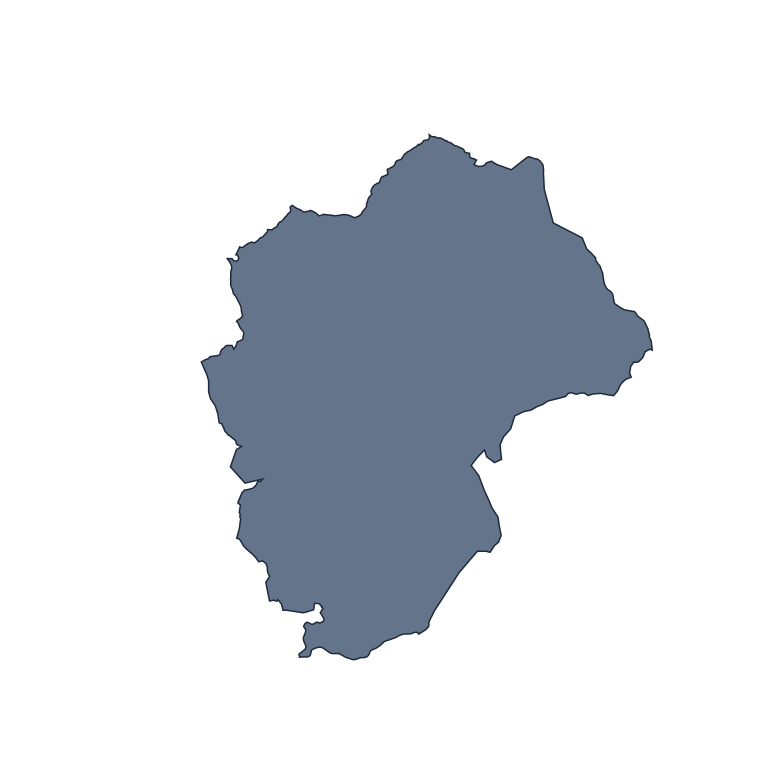 Techiman Municipal, Brong Ahafo, Ghana, rotated 125°
{"feature_id": "2480657B78695952433486", "entity_name": "Techiman Municipal", "entity_type": "district", "adm_level": 2, "iso_a3": "GHA", "parent_name": "Ghana", "parent_adm1": "Brong Ahafo", "projection": "robinson", "projection_center": [-1.972, 7.526], "detail": "fine", "context": "isolated", "style": "filled", "palette": "slate", "viewbox_px": 768, "rotation_deg": 125, "n_neighbors": 0, "source": "geoboundaries", "source_scale": "gbopen_adm2", "svg_char_len": 6159}
<svg xmlns="http://www.w3.org/2000/svg" viewBox="0 0 768 768"><g transform="rotate(125 384 384)"><path d="M147.5,436.6L148.0,440.0L148.8,441.5L148.9,443.0L148.9,443.5L148.2,444.5L145.9,446.3L147.1,448.5L147.2,449.6L147.7,450.5L147.5,451.5L146.7,452.2L146.2,453.6L146.2,454.2L147.3,460.5L148.2,463.0L148.1,467.5L149.3,471.3L148.9,471.7L148.8,472.1L149.6,474.0L149.8,477.7L150.0,478.6L150.7,479.9L151.7,481.0L152.0,483.0L152.4,484.3L153.4,485.8L154.0,487.2L153.8,489.9L156.2,487.9L158.8,488.1L159.6,488.5L159.9,489.3L160.9,490.0L161.1,490.6L161.5,490.9L163.3,491.2L164.7,491.1L166.5,491.9L167.5,491.7L168.0,492.1L167.9,493.2L168.1,493.3L171.4,493.8L172.5,494.6L178.8,496.9L179.8,497.7L180.7,498.1L182.4,498.4L184.0,499.1L185.7,498.8L187.6,498.9L188.4,498.7L190.4,498.8L190.9,499.5L191.8,500.0L192.4,500.6L194.1,501.7L195.6,501.7L199.0,500.8L199.8,501.2L201.1,501.5L202.7,502.5L205.0,503.4L205.7,504.2L206.3,504.3L206.9,504.1L207.4,503.6L208.4,502.4L208.8,501.7L210.1,501.4L210.3,501.1L211.8,502.3L212.5,502.5L213.5,503.2L214.6,503.6L215.0,504.4L215.5,504.5L217.1,504.6L219.7,503.9L220.8,503.5L221.8,503.3L224.1,505.0L224.9,505.1L226.0,505.8L227.3,505.9L228.4,506.3L232.5,505.7L233.4,505.3L234.1,504.7L235.7,502.9L238.7,503.3L240.2,503.3L241.4,503.1L246.9,501.4L248.2,500.3L248.8,500.1L250.4,500.0L255.3,500.4L258.1,500.1L261.1,501.1L264.2,503.1L264.8,503.7L265.7,508.8L266.9,511.9L268.6,514.6L271.0,516.9L274.5,520.8L275.4,522.9L278.9,529.2L279.4,530.6L282.6,532.7L283.5,533.8L283.0,537.8L283.4,541.5L283.9,543.5L284.1,543.9L285.8,544.9L287.2,546.5L288.8,547.7L289.2,548.3L289.3,552.8L289.9,554.7L290.2,556.9L290.3,561.6L291.9,562.3L293.3,562.2L295.3,559.9L296.0,559.6L297.0,559.6L299.9,560.3L301.4,560.3L302.0,560.1L303.1,560.6L308.8,561.0L311.1,562.2L313.1,562.6L313.8,562.3L314.7,562.5L316.3,561.8L319.8,563.7L321.1,563.8L322.2,564.4L322.4,565.0L324.3,567.9L326.4,566.9L330.4,567.5L332.7,567.6L333.5,567.8L334.3,568.6L335.4,569.2L339.4,569.8L342.3,570.9L342.7,571.3L343.8,574.0L346.9,575.9L349.0,576.8L352.7,577.9L354.1,579.1L354.5,580.9L357.2,580.3L363.1,579.4L362.4,578.1L363.8,575.4L365.9,574.7L366.7,574.8L368.3,575.5L369.0,577.5L369.1,578.4L368.5,580.4L371.1,584.3L371.9,582.5L372.4,580.8L374.1,577.5L375.0,576.3L376.3,575.3L380.1,573.7L381.4,573.0L383.1,571.6L386.3,569.7L387.6,568.4L388.3,568.2L390.8,566.4L392.1,564.7L393.3,562.7L396.5,559.0L396.9,556.7L397.3,555.6L401.7,547.2L403.5,544.7L406.2,542.5L409.1,539.0L411.1,538.9L413.8,539.6L415.6,540.5L416.5,540.8L417.4,540.6L417.6,538.7L419.8,535.3L420.9,533.0L421.6,529.9L422.1,528.9L423.4,527.5L426.3,526.6L427.1,525.7L428.3,525.4L429.3,525.7L433.4,528.0L433.4,528.4L437.0,527.3L440.7,526.9L441.6,527.0L439.6,530.6L442.3,534.5L443.7,535.6L445.4,535.6L447.9,536.5L449.5,536.7L451.5,536.3L453.7,535.4L455.1,535.6L461.1,541.8L461.9,542.4L464.0,542.3L465.6,543.8L470.7,546.3L475.1,539.3L478.0,534.3L482.1,529.4L491.1,523.1L495.5,517.8L498.7,509.5L503.8,503.0L510.3,496.8L510.1,495.3L509.6,493.9L511.1,492.0L511.9,489.9L512.4,489.6L514.2,486.7L514.1,485.3L515.0,483.3L515.2,482.3L514.8,481.0L515.1,479.4L515.5,472.9L517.6,470.7L518.0,469.5L516.9,465.0L517.9,465.3L522.3,467.3L540.0,462.3L544.9,441.0L531.5,428.9L534.6,429.1L536.1,431.5L540.6,430.8L544.7,431.7L548.5,434.9L550.7,437.3L554.3,438.0L565.2,435.6L565.6,432.1L571.6,429.2L572.5,428.6L573.4,426.6L574.4,426.6L575.9,425.4L576.2,424.8L576.9,424.0L585.5,419.5L594.8,416.2L594.3,414.6L594.2,413.5L594.4,412.0L595.2,410.6L595.7,409.0L596.8,407.3L597.3,405.7L598.2,401.3L598.8,394.7L599.5,390.9L599.7,389.8L601.5,384.7L598.5,381.9L598.8,377.5L599.7,376.5L600.7,374.7L603.9,372.4L605.6,370.3L607.3,367.3L614.1,367.1L617.6,363.6L627.4,353.3L624.4,350.4L623.9,348.5L622.9,346.8L621.5,347.2L621.9,345.1L622.6,343.6L623.3,341.2L624.6,340.2L624.6,339.8L627.3,337.0L625.5,334.7L617.7,318.9L614.8,316.4L609.2,312.1L608.5,312.7L606.7,313.3L605.3,314.4L603.8,314.9L603.3,314.8L603.0,314.1L601.6,312.3L601.2,310.5L601.8,308.7L601.5,307.6L602.7,307.1L602.9,305.3L607.9,305.0L610.6,298.9L612.2,297.5L614.6,298.2L615.8,298.9L616.6,299.6L617.2,301.6L618.0,302.7L621.4,304.3L622.4,305.6L623.0,309.9L624.0,310.9L625.3,311.2L628.3,311.0L629.2,309.9L630.0,307.5L631.0,306.5L633.6,305.6L637.5,304.8L638.7,304.1L640.4,302.6L643.8,297.2L645.2,296.5L647.3,296.7L654.0,298.7L654.7,298.3L655.5,296.8L656.3,296.5L655.1,295.3L651.6,290.2L649.7,289.0L648.4,288.8L643.7,290.6L642.6,290.4L639.3,288.4L636.9,286.4L635.7,284.6L635.2,281.9L635.3,274.2L634.4,271.6L630.6,266.2L629.8,258.4L627.4,250.9L625.5,248.9L621.8,246.4L618.8,242.5L616.8,241.4L614.5,241.1L610.9,242.0L609.4,241.8L605.0,239.0L599.8,237.0L594.8,236.0L593.1,235.0L591.6,233.7L585.1,229.1L581.0,227.1L577.6,224.5L573.2,218.6L570.3,216.9L568.7,215.0L568.3,213.6L569.0,212.1L561.7,209.0L557.7,208.3L555.8,208.8L553.8,210.4L551.1,211.1L540.8,212.6L495.4,214.3L467.5,211.6L462.5,204.5L461.0,200.6L452.8,200.8L448.0,199.5L440.8,201.2L435.0,207.3L427.5,214.5L423.5,224.6L419.3,231.0L413.8,240.6L404.7,253.8L400.8,265.9L391.2,265.5L380.4,263.9L384.7,258.1L385.0,248.4L378.3,244.5L373.5,248.8L366.9,254.2L358.7,255.8L348.1,254.5L335.1,258.6L326.6,253.8L321.0,248.6L314.8,245.7L309.6,242.2L304.1,240.1L290.2,228.2L286.1,227.7L283.7,225.7L282.1,220.6L278.5,217.6L276.5,214.5L276.3,210.2L271.9,206.7L267.3,200.9L264.6,194.7L261.8,189.2L256.0,188.7L249.0,189.9L245.2,189.5L241.7,188.7L236.6,185.4L234.2,189.1L228.0,192.0L222.9,191.9L221.3,189.6L219.8,188.2L215.0,187.3L213.4,187.2L207.9,188.6L203.0,186.3L202.4,183.7L195.3,190.0L193.4,193.5L191.1,195.0L189.6,197.1L187.5,199.4L183.8,205.8L183.1,207.6L182.9,214.1L182.5,216.2L181.5,218.4L181.0,220.2L185.4,229.8L185.9,235.7L185.8,239.9L185.9,241.4L179.3,248.2L178.3,250.9L178.2,255.0L177.7,257.1L176.0,260.2L173.6,263.1L167.5,268.8L166.6,270.4L163.5,274.7L162.7,277.9L160.9,281.9L159.3,283.0L157.9,289.6L157.1,295.5L150.6,305.4L155.0,337.7L132.6,364.4L120.1,374.1L117.2,376.0L113.5,379.3L112.6,381.5L111.8,384.3L111.7,387.3L112.7,389.0L114.7,395.7L116.3,396.8L135.5,402.6L139.5,417.4L139.9,423.9L140.8,424.3L142.0,425.5L144.3,427.0L147.4,427.1L148.2,428.0L148.9,428.1L151.6,431.4L152.2,433.7L152.6,436.2L147.5,436.6Z" fill="#64748b" stroke="#1e293b" stroke-width="1.5"/></g></svg>